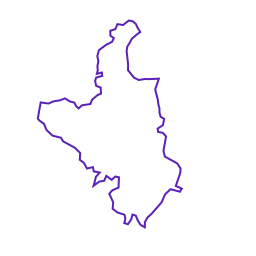 Nova Candelária, Rio Grande do Sul, Brazil, rotated 234°
{"feature_id": "56859067B5829656226463", "entity_name": "Nova Candelária", "entity_type": "district", "adm_level": 2, "iso_a3": "BRA", "parent_name": "Brazil", "parent_adm1": "Rio Grande do Sul", "projection": "natural_earth1", "projection_center": [-54.119, -27.603], "detail": "fine", "context": "isolated", "style": "outline", "palette": "violet", "viewbox_px": 256, "rotation_deg": 234, "n_neighbors": 0, "source": "geoboundaries", "source_scale": "gbopen_adm2", "svg_char_len": 1575}
<svg xmlns="http://www.w3.org/2000/svg" viewBox="0 0 256 256"><g transform="rotate(234 128 128)"><path d="M214.5,191.8L214.2,184.6L218.2,180.5L215.4,175.8L217.1,170.9L213.1,168.0L209.0,169.4L207.1,165.7L208.1,159.7L208.1,150.3L204.3,145.5L199.4,143.3L196.0,139.6L192.5,137.5L190.1,134.6L188.2,139.5L185.3,137.8L187.5,132.0L185.5,129.1L180.7,127.0L176.8,129.7L171.7,126.4L172.5,122.5L172.0,115.5L169.5,111.7L173.4,104.2L172.9,99.5L176.2,98.9L180.1,99.5L183.6,96.6L189.0,94.4L190.4,89.1L193.3,83.5L194.5,78.1L200.0,72.4L188.6,60.5L185.3,60.9L180.7,62.5L174.3,60.9L166.1,62.5L159.6,68.0L155.2,67.7L143.2,73.4L135.9,74.6L130.6,70.3L125.7,71.8L119.3,71.0L117.0,76.6L112.9,74.8L108.6,79.0L107.4,73.4L103.8,69.1L101.5,66.2L101.5,73.4L99.3,77.7L102.0,82.3L98.9,83.3L95.7,84.3L96.2,89.2L93.4,91.7L85.4,85.3L86.8,78.6L85.8,74.2L76.5,72.3L71.7,68.1L65.7,69.9L59.9,74.2L56.2,72.6L53.3,69.1L50.2,71.4L52.0,76.5L55.3,80.8L52.5,82.8L47.7,81.6L42.3,81.2L37.8,83.2L41.9,86.3L44.1,91.1L44.8,97.0L45.9,101.7L46.7,105.6L48.2,111.6L52.5,119.0L53.5,126.4L45.9,132.6L47.4,135.9L53.0,132.6L61.1,144.1L64.4,146.7L70.3,147.1L83.2,141.0L88.7,143.3L98.8,153.8L103.5,153.4L107.1,150.1L110.1,151.7L109.8,158.0L114.1,162.6L118.1,161.0L122.0,162.6L125.6,165.1L129.4,166.5L133.8,169.0L139.2,171.0L143.5,172.9L146.7,177.7L149.8,181.9L155.2,173.7L157.7,170.5L160.5,164.9L165.4,162.4L174.8,162.0L179.2,165.3L183.1,167.6L186.8,169.7L191.1,172.1L194.3,175.3L195.7,179.0L197.9,183.4L198.5,190.2L198.4,194.3L203.5,194.7L207.4,195.5L211.3,194.7L214.5,191.8Z" fill="none" stroke="#5b21b6" stroke-width="2"/></g></svg>